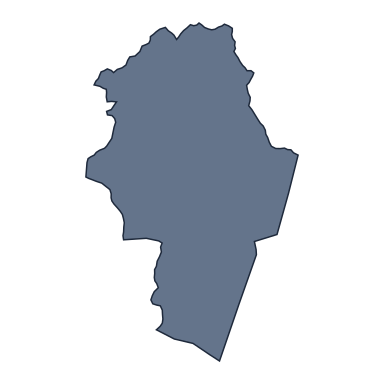 Capela, Sergipe, Brazil
{"feature_id": "56859067B50452585755721", "entity_name": "Capela", "entity_type": "district", "adm_level": 2, "iso_a3": "BRA", "parent_name": "Brazil", "parent_adm1": "Sergipe", "projection": "albers", "projection_center": [-37.055, -10.484], "detail": "fine", "context": "isolated", "style": "filled", "palette": "slate", "viewbox_px": 384, "rotation_deg": 0, "n_neighbors": 0, "source": "geoboundaries", "source_scale": "gbopen_adm2", "svg_char_len": 2105}
<svg xmlns="http://www.w3.org/2000/svg" viewBox="0 0 384 384"><path d="M99.7,75.1L98.4,78.5L95.9,81.1L94.1,84.9L99.9,86.3L103.3,88.3L106.3,89.3L106.6,92.5L106.3,97.0L107.2,101.8L111.6,101.4L116.5,101.9L114.2,105.2L111.3,109.6L106.6,111.4L107.5,114.9L112.1,115.6L114.7,118.6L115.7,122.3L114.1,127.1L111.8,138.4L109.2,142.3L106.7,146.1L104.5,148.3L99.7,150.2L96.3,152.4L94.2,155.1L90.8,156.8L88.1,158.6L87.0,162.6L85.9,177.0L88.7,178.4L92.2,179.7L96.5,181.4L101.7,183.1L105.6,186.2L109.9,189.6L111.2,193.8L111.1,197.8L111.9,201.0L114.1,204.2L117.3,207.7L120.2,211.2L122.4,214.5L123.4,218.3L124.3,222.8L123.8,227.1L123.6,232.0L123.0,235.7L123.6,239.8L146.3,238.3L158.7,240.9L162.1,243.0L160.6,247.1L161.4,252.0L159.5,256.7L157.2,261.2L156.4,266.3L154.6,269.6L154.7,273.6L154.3,277.5L154.9,280.9L156.7,283.5L158.3,287.7L154.3,291.6L152.3,295.7L150.9,299.9L152.8,303.8L156.8,305.1L160.3,305.8L162.3,310.1L162.5,314.5L162.9,319.0L162.3,323.2L160.2,326.3L156.4,329.8L174.3,339.0L193.0,343.4L209.6,354.6L219.5,361.0L238.8,304.6L256.4,254.7L256.1,249.6L254.4,241.5L277.0,234.5L288.5,193.3L298.1,155.1L293.5,152.8L290.9,149.8L287.6,149.6L284.5,148.1L280.2,148.6L275.7,148.5L271.4,146.3L269.3,142.3L267.7,137.6L265.8,134.2L265.3,130.2L263.2,126.0L260.3,123.2L258.1,119.8L255.7,115.9L253.8,112.8L251.9,109.7L248.7,105.7L250.0,100.9L250.2,97.3L248.2,93.2L247.4,89.8L246.6,85.3L249.1,82.5L251.0,78.9L252.5,76.3L253.8,72.9L251.0,70.7L247.0,70.7L245.1,67.8L242.6,65.4L240.0,61.6L238.0,57.7L235.9,54.8L233.9,51.5L235.4,48.5L234.6,45.5L235.1,41.8L232.6,38.4L231.6,34.6L232.3,31.5L232.3,28.3L228.6,25.9L224.4,24.2L221.9,26.0L218.5,27.1L215.1,29.2L211.7,29.8L208.4,29.0L204.6,27.5L201.7,24.9L199.0,23.0L196.7,25.1L193.7,25.7L190.4,24.7L187.0,27.9L183.6,30.6L180.7,33.9L178.6,37.1L176.6,39.5L173.9,35.1L171.7,33.1L168.2,30.7L165.4,27.4L159.8,29.2L156.2,31.8L153.5,34.3L150.4,36.6L150.3,40.1L148.9,43.1L146.2,44.5L142.1,46.1L139.9,51.5L135.1,56.0L129.8,56.9L127.7,60.4L126.0,65.0L121.9,67.9L117.3,69.4L113.6,72.6L111.3,70.5L107.3,68.9L104.0,70.8L101.1,71.9L99.7,75.1Z" fill="#64748b" stroke="#1e293b" stroke-width="1.5"/></svg>